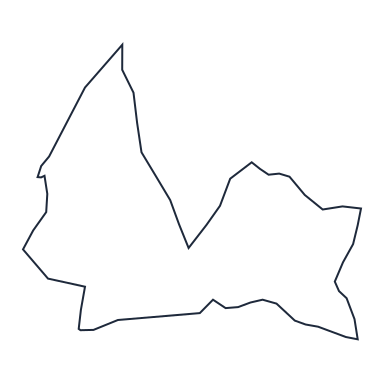 outline of San Pedro de Macorís
{"feature_id": "DOM-1396", "entity_name": "San Pedro de Macorís", "entity_type": "Province", "adm_level": 1, "iso_a3": "DOM", "parent_name": "Dominican Republic", "parent_adm1": "", "projection": "robinson", "projection_center": [-69.33, 18.599], "detail": "fine", "context": "isolated", "style": "outline", "palette": "slate", "viewbox_px": 384, "rotation_deg": 0, "n_neighbors": 0, "source": "natural_earth", "source_scale": "10m", "svg_char_len": 803}
<svg xmlns="http://www.w3.org/2000/svg" viewBox="0 0 384 384"><path d="M357.7,339.3L345.8,337.0L318.1,326.7L305.6,324.5L294.8,320.6L276.5,303.6L262.6,299.7L250.5,302.5L238.1,307.1L225.6,308.1L213.0,299.7L199.8,313.1L117.9,320.0L93.5,329.9L80.5,330.2L78.7,328.9L80.9,309.8L85.0,286.7L48.0,278.6L23.0,249.4L33.2,230.4L46.2,212.1L47.3,193.9L44.5,175.8L41.1,177.4L37.6,177.1L41.2,166.0L49.1,156.5L85.0,87.5L122.3,44.7L122.2,69.8L133.5,92.7L137.1,122.8L141.5,152.3L155.9,176.2L170.2,200.1L179.0,224.2L188.6,248.0L206.5,224.9L220.0,205.8L230.2,178.7L251.7,162.3L260.0,168.9L268.6,174.7L279.2,173.6L289.5,176.7L304.8,195.0L322.7,209.5L342.5,206.4L361.0,208.5L357.7,225.2L353.1,244.1L343.0,262.3L334.8,281.6L339.0,291.1L346.6,298.2L354.5,319.1L357.7,339.3Z" fill="none" stroke="#1e293b" stroke-width="2"/></svg>